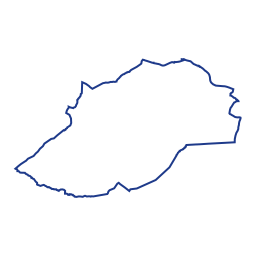 outline of Shai Osudoku, Eastern, Ghana
{"feature_id": "2480657B66464396810782", "entity_name": "Shai Osudoku", "entity_type": "district", "adm_level": 2, "iso_a3": "GHA", "parent_name": "Ghana", "parent_adm1": "Eastern", "projection": "mercator", "projection_center": [0.159, 5.966], "detail": "fine", "context": "isolated", "style": "outline", "palette": "blue", "viewbox_px": 256, "rotation_deg": 0, "n_neighbors": 0, "source": "geoboundaries", "source_scale": "gbopen_adm2", "svg_char_len": 5443}
<svg xmlns="http://www.w3.org/2000/svg" viewBox="0 0 256 256"><path d="M235.5,135.6L236.4,132.8L236.8,132.1L237.1,131.7L237.2,131.4L237.5,131.0L237.8,130.3L237.9,129.9L238.1,129.6L238.3,128.8L238.3,127.5L238.6,125.9L238.8,125.5L239.0,124.1L239.0,123.5L239.1,123.0L239.3,121.9L239.5,121.2L240.1,119.9L240.3,119.1L240.5,118.7L240.5,118.4L240.6,118.0L240.5,117.6L239.8,117.4L239.4,117.3L237.6,117.4L236.8,117.3L235.5,117.1L234.7,116.8L234.1,116.4L233.4,115.9L231.7,115.0L231.0,114.5L230.7,114.3L230.0,114.1L229.7,113.8L229.4,113.3L230.0,109.7L230.5,108.2L230.7,107.7L231.5,106.8L233.2,104.0L234.2,102.5L234.7,102.4L235.2,102.1L235.7,101.7L236.5,101.3L237.8,101.1L238.4,101.1L238.3,100.8L237.4,100.2L237.1,99.7L236.8,99.6L236.3,99.5L236.0,99.3L235.7,98.6L235.4,98.3L234.9,98.0L234.5,97.8L233.7,97.7L232.6,96.6L231.5,95.9L231.0,95.6L230.4,95.5L230.6,94.7L230.4,94.1L230.5,93.6L230.9,93.2L232.2,92.4L232.8,91.8L233.3,89.2L230.4,88.1L229.3,87.6L228.8,87.5L227.8,87.1L226.5,86.7L224.8,86.3L223.0,86.2L215.8,85.6L215.4,85.3L215.1,85.3L214.7,85.1L214.3,84.9L214.2,84.8L213.2,84.4L212.6,83.8L212.4,83.6L211.9,83.3L211.0,82.3L210.4,81.0L210.2,80.3L210.2,79.8L210.1,79.5L210.0,78.2L210.0,77.7L209.9,77.4L209.9,77.1L209.6,76.0L209.1,74.5L208.6,73.8L208.2,73.2L207.8,72.9L207.5,72.6L206.2,71.4L205.2,70.8L202.9,68.6L200.6,67.0L200.2,67.0L200.0,66.9L200.0,66.7L200.2,66.8L200.4,66.9L200.2,66.7L199.9,66.5L199.7,66.6L199.6,66.4L199.4,66.1L199.1,66.0L198.7,66.1L198.7,65.9L198.6,65.7L197.2,65.6L194.6,64.4L193.6,64.0L190.6,61.3L187.2,60.5L186.2,60.2L184.9,59.8L184.7,59.5L184.5,59.4L183.6,59.1L182.6,59.3L181.7,59.2L181.7,59.3L182.2,59.6L182.5,59.6L183.0,59.5L183.3,59.4L183.4,59.8L183.1,60.0L183.6,60.2L179.5,61.6L178.6,61.7L178.0,61.9L177.3,61.9L175.9,62.1L174.7,61.9L174.3,62.1L174.4,62.5L174.1,62.7L173.7,62.4L173.6,62.5L172.1,62.1L170.1,62.8L165.0,65.2L163.9,65.5L162.9,65.5L162.2,65.5L161.8,65.3L161.3,65.2L160.0,64.5L159.1,64.2L158.0,63.9L157.3,63.9L156.8,63.7L154.6,63.3L153.7,63.1L153.6,62.8L153.4,62.9L153.2,62.9L151.9,62.6L147.1,61.0L145.0,60.4L144.1,60.0L143.8,60.0L143.3,59.8L142.8,59.7L141.7,61.2L141.3,63.6L140.0,64.6L136.7,66.9L131.2,69.9L129.9,71.1L129.8,71.5L129.1,72.0L128.1,71.9L127.9,72.0L127.5,72.4L126.7,72.4L126.0,72.9L125.7,73.2L125.3,73.3L124.7,73.6L124.4,74.0L124.2,74.1L123.8,74.1L122.7,74.6L121.9,75.2L120.9,75.9L120.6,76.5L119.8,77.2L119.2,78.0L118.3,78.8L117.5,79.5L117.1,80.1L117.0,80.4L116.5,81.2L115.7,81.6L115.8,81.7L115.1,81.9L114.5,81.9L114.2,81.8L113.8,81.8L113.3,81.7L113.1,81.7L112.1,82.0L110.9,81.9L110.3,82.0L109.8,82.2L109.5,82.3L108.8,82.5L108.6,82.5L107.9,82.7L106.8,82.7L105.9,82.5L105.4,82.7L102.9,83.2L92.4,88.8L90.0,87.1L89.2,86.2L86.0,83.9L82.2,82.2L81.8,93.1L81.6,93.5L80.8,94.0L80.6,95.8L80.3,96.3L79.9,96.6L79.6,97.4L79.4,97.6L78.7,98.1L78.3,98.9L77.9,99.1L77.7,99.7L77.2,100.1L77.4,100.7L77.3,102.9L76.7,104.1L76.2,104.9L76.0,105.9L75.0,107.2L72.9,107.9L72.9,108.0L70.6,107.5L68.7,106.7L68.8,107.5L68.7,107.6L68.5,108.1L68.1,108.5L67.4,109.5L66.7,111.0L66.2,113.0L69.4,114.8L71.0,118.5L71.2,123.0L70.3,125.4L67.8,127.1L67.5,127.2L67.3,127.3L67.2,127.8L67.0,128.2L65.8,128.9L65.6,129.1L65.6,129.6L65.5,129.8L65.2,129.9L64.8,130.0L64.5,130.4L64.2,130.5L63.6,130.2L61.9,131.6L57.3,135.3L53.9,138.4L51.2,138.9L44.4,143.6L42.9,146.2L40.0,148.7L37.9,151.6L35.8,153.4L33.6,156.0L28.0,158.7L25.9,160.9L25.3,161.2L21.0,164.0L18.5,166.0L15.4,168.7L15.9,169.0L16.4,168.9L16.8,169.0L17.1,169.6L17.4,169.9L17.4,171.1L18.6,171.1L19.5,172.0L19.9,172.4L20.2,172.6L21.6,172.7L24.9,172.8L25.3,173.4L25.8,173.6L26.0,174.0L26.5,174.3L27.0,174.4L27.6,174.6L28.4,175.6L29.8,175.9L30.1,176.1L30.9,176.8L31.2,177.2L31.4,177.9L32.0,177.7L32.7,178.6L33.9,179.0L35.4,181.2L36.3,182.2L36.7,182.4L37.1,182.8L37.2,183.1L37.2,183.4L37.0,184.3L37.1,184.6L37.3,184.7L37.7,184.9L38.8,185.2L39.9,185.7L40.5,185.9L41.9,185.4L43.6,184.9L44.0,185.0L44.5,185.3L45.5,186.0L46.0,186.1L46.2,186.3L46.9,186.7L47.4,187.2L48.1,187.3L48.6,187.1L48.9,187.3L49.2,187.2L49.7,187.5L50.3,188.0L50.6,188.0L51.0,188.4L51.4,188.5L51.9,189.0L52.3,188.9L52.6,189.0L53.4,189.0L53.8,189.1L54.1,189.4L54.9,189.3L55.3,189.4L56.1,189.3L56.3,189.3L56.6,189.6L56.7,190.0L57.0,190.1L57.6,190.2L58.1,190.6L58.4,190.4L58.9,190.8L59.4,190.2L60.7,189.5L62.4,189.4L64.0,189.8L65.1,190.8L65.0,192.7L65.0,193.7L66.8,193.7L68.1,194.4L68.2,194.9L68.7,194.9L68.6,194.6L69.1,194.5L69.3,194.6L69.3,194.3L69.4,194.2L69.7,194.3L69.9,194.6L70.1,194.5L70.2,194.3L70.6,194.2L71.2,194.3L71.5,194.4L72.0,194.6L72.4,195.1L72.6,195.0L72.8,195.1L73.0,195.0L73.4,195.5L73.6,195.6L74.2,195.9L74.4,196.1L74.4,196.5L74.5,196.6L74.9,196.7L76.5,196.9L78.8,196.4L80.6,196.5L82.8,196.8L83.5,196.4L85.0,195.8L86.9,196.5L88.6,196.3L90.0,196.3L90.8,196.6L91.3,196.3L93.4,196.4L107.3,194.0L107.9,193.2L108.4,191.5L109.6,190.2L114.2,188.3L117.3,183.7L118.7,182.8L120.1,184.1L124.7,187.4L129.3,191.0L130.4,189.3L136.8,188.5L155.7,180.0L169.5,167.3L176.5,155.5L176.4,155.2L177.1,154.4L177.8,153.2L178.0,152.7L178.3,152.5L178.6,152.3L178.7,152.1L178.8,152.0L178.9,151.8L179.3,151.4L179.5,151.3L179.6,151.2L179.8,151.2L179.8,150.9L180.1,150.9L180.3,150.6L180.7,150.3L181.2,150.0L182.7,149.5L183.0,149.3L183.1,149.0L183.4,149.0L183.7,148.6L183.9,148.5L184.2,148.0L184.3,148.0L184.4,147.8L184.8,147.8L185.4,147.3L185.4,146.7L185.6,146.6L185.5,146.4L185.6,146.2L186.1,145.8L186.4,145.0L194.9,144.5L199.4,144.3L208.5,143.7L234.7,142.3L234.8,139.0L235.5,135.6Z" fill="none" stroke="#1e3a8a" stroke-width="2"/></svg>